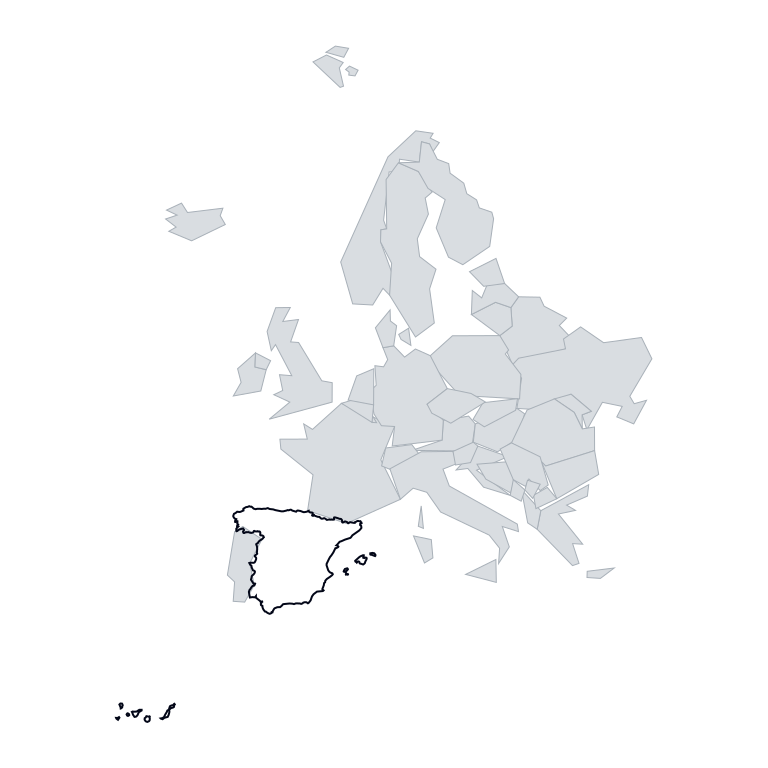 Spain on a map of Europe (orthographic projection)
{"feature_id": "ESP", "entity_name": "Spain", "entity_type": "country or territory", "adm_level": 0, "iso_a3": "ESP", "parent_name": "Europe", "parent_adm1": "", "projection": "orthographic", "projection_center": [-5.186, 35.705], "detail": "fine", "context": "in_parent", "style": "outline", "palette": "ink", "viewbox_px": 768, "rotation_deg": 0, "n_neighbors": 37, "source": "natural_earth", "source_scale": "50m", "svg_char_len": 13354}
<svg xmlns="http://www.w3.org/2000/svg" viewBox="0 0 768 768"><path d="M313.0,61.9L326.5,55.0L343.2,62.5L339.3,67.9L343.5,86.2L340.1,87.4L313.0,61.9ZM439.3,142.6L432.8,151.8L429.5,143.9L421.5,141.8L419.3,162.1L399.5,159.2L398.8,171.4L389.1,171.9L383.6,220.2L386.7,228.9L380.9,229.8L380.5,241.8L393.8,278.0L389.6,295.2L383.0,288.3L372.7,305.0L352.7,303.9L340.7,262.0L388.0,156.8L415.8,130.8L433.1,133.3L430.2,138.1L439.3,142.6ZM348.6,48.3L343.8,57.3L325.9,52.3L335.4,46.1L348.6,48.3ZM358.1,70.2L355.0,75.9L348.8,75.1L349.1,72.1L345.6,69.5L349.5,66.1L358.1,70.2Z" fill="#d9dde1" stroke="#a8b0b8" stroke-width="1"/><path d="M341.5,403.3L394.6,426.5L380.8,459.8L400.4,499.3L346.4,523.5L307.6,510.6L313.0,474.8L280.9,449.1L279.9,439.2L307.3,439.1L303.7,423.9L312.5,429.4L341.5,403.3ZM418.3,526.3L421.2,505.9L423.4,528.4L418.3,526.3Z" fill="#d9dde1" stroke="#a8b0b8" stroke-width="1"/><path d="M389.6,295.2L391.6,263.2L380.5,241.8L380.9,229.8L386.7,228.9L386.1,179.5L398.4,162.8L418.4,171.5L432.1,192.1L425.2,198.0L428.4,214.1L417.3,238.8L419.6,256.6L436.0,269.2L429.6,288.9L434.3,323.0L415.5,337.0L389.6,295.2Z" fill="#d9dde1" stroke="#a8b0b8" stroke-width="1"/><path d="M518.6,296.8L539.9,297.2L544.1,306.2L566.7,318.1L559.3,325.5L569.0,335.7L565.5,348.9L512.5,364.7L499.8,335.6L512.2,326.1L510.9,307.6L518.6,296.8Z" fill="#d9dde1" stroke="#a8b0b8" stroke-width="1"/><path d="M634.2,403.7L646.5,400.3L633.7,423.9L616.8,416.9L622.2,406.4L602.4,402.3L586.9,429.8L582.1,414.8L591.3,411.3L571.0,394.2L543.0,410.0L516.9,408.4L521.6,378.2L512.5,364.7L518.6,358.2L565.5,348.9L563.5,339.0L580.6,326.9L603.6,342.7L641.5,337.5L651.9,358.8L629.8,396.3L634.2,403.7Z" fill="#d9dde1" stroke="#a8b0b8" stroke-width="1"/><path d="M499.8,335.6L508.6,350.0L505.3,354.0L520.9,374.4L519.6,398.9L459.5,395.4L432.8,365.8L430.3,355.7L452.4,335.8L499.8,335.6Z" fill="#d9dde1" stroke="#a8b0b8" stroke-width="1"/><path d="M475.3,423.9L472.2,444.8L460.8,450.9L411.9,450.4L442.1,440.1L443.3,420.3L468.6,416.1L475.3,423.9Z" fill="#d9dde1" stroke="#a8b0b8" stroke-width="1"/><path d="M516.9,408.4L524.6,413.8L517.7,438.4L497.5,451.8L473.3,442.2L475.3,423.9L516.9,408.4Z" fill="#d9dde1" stroke="#a8b0b8" stroke-width="1"/><path d="M554.4,398.9L571.0,394.2L591.3,411.3L582.1,414.8L582.3,428.9L574.2,412.4L554.4,398.9Z" fill="#d9dde1" stroke="#a8b0b8" stroke-width="1"/><path d="M582.3,428.9L594.5,427.0L594.6,450.6L545.7,466.0L511.5,442.9L527.1,410.0L554.4,398.9L574.2,412.4L582.3,428.9Z" fill="#d9dde1" stroke="#a8b0b8" stroke-width="1"/><path d="M510.9,307.6L512.2,326.1L499.8,335.6L471.4,314.5L495.5,302.3L510.9,307.6Z" fill="#d9dde1" stroke="#a8b0b8" stroke-width="1"/><path d="M504.6,283.5L518.6,296.8L510.9,307.6L495.5,302.3L471.4,314.5L472.3,290.5L481.7,297.9L488.1,282.4L504.6,283.5Z" fill="#d9dde1" stroke="#a8b0b8" stroke-width="1"/><path d="M496.0,258.4L504.6,283.5L483.7,286.3L469.5,271.7L496.0,258.4Z" fill="#d9dde1" stroke="#a8b0b8" stroke-width="1"/><path d="M430.3,355.7L447.3,388.6L427.1,404.2L443.3,420.3L442.1,440.1L392.2,446.0L394.6,426.5L381.4,425.7L374.0,414.0L369.9,391.1L376.2,385.3L374.9,365.7L383.6,366.8L387.7,359.6L383.0,347.7L393.7,345.8L404.6,357.1L415.4,349.0L430.3,355.7Z" fill="#d9dde1" stroke="#a8b0b8" stroke-width="1"/><path d="M541.3,461.4L545.7,466.0L594.6,450.6L598.7,474.4L556.8,498.7L541.3,461.4Z" fill="#d9dde1" stroke="#a8b0b8" stroke-width="1"/><path d="M614.2,568.0L600.4,578.4L587.0,577.5L587.2,571.3L614.2,568.0ZM540.8,510.7L588.7,484.7L587.4,496.1L566.6,505.1L575.5,510.4L558.4,514.0L582.7,544.2L572.6,543.6L579.0,563.4L572.5,565.6L537.2,529.3L540.8,510.7Z" fill="#d9dde1" stroke="#a8b0b8" stroke-width="1"/><path d="M540.8,510.7L537.2,529.3L527.7,522.9L521.4,489.5L540.8,510.7Z" fill="#d9dde1" stroke="#a8b0b8" stroke-width="1"/><path d="M477.8,446.1L508.0,456.6L476.5,470.2L510.2,495.4L483.6,487.2L467.8,468.5L456.1,470.0L477.8,446.1Z" fill="#d9dde1" stroke="#a8b0b8" stroke-width="1"/><path d="M411.8,444.6L421.6,457.4L394.4,471.2L381.6,465.9L385.7,448.0L411.8,444.6Z" fill="#d9dde1" stroke="#a8b0b8" stroke-width="1"/><path d="M371.8,414.7L376.6,422.7L372.0,422.4L371.8,414.7Z" fill="#d9dde1" stroke="#a8b0b8" stroke-width="1"/><path d="M373.6,404.9L372.0,422.4L341.5,403.3L362.1,397.0L373.6,404.9Z" fill="#d9dde1" stroke="#a8b0b8" stroke-width="1"/><path d="M373.8,368.7L373.6,404.9L348.1,400.1L356.7,375.9L373.8,368.7Z" fill="#d9dde1" stroke="#a8b0b8" stroke-width="1"/><path d="M234.6,531.7L242.8,526.5L261.9,539.3L249.7,563.4L254.3,585.1L244.7,602.1L233.2,601.3L234.6,581.9L227.4,575.1L234.6,531.7Z" fill="#d9dde1" stroke="#a8b0b8" stroke-width="1"/><path d="M266.2,369.7L260.8,391.0L233.3,396.0L241.1,382.4L237.6,368.7L255.5,352.9L255.0,367.0L266.2,369.7Z" fill="#d9dde1" stroke="#a8b0b8" stroke-width="1"/><path d="M421.2,451.8L453.0,451.4L457.2,463.4L443.0,469.1L449.3,486.0L517.3,524.1L518.5,531.6L502.3,526.5L509.3,546.9L498.6,563.5L499.6,548.2L489.2,535.1L440.6,512.0L426.8,492.3L413.1,488.2L400.4,499.3L389.9,468.8L421.2,451.8ZM465.6,574.4L495.9,559.5L496.3,582.4L465.6,574.4ZM413.5,535.9L431.3,539.6L432.9,557.9L424.5,563.0L413.5,535.9Z" fill="#d9dde1" stroke="#a8b0b8" stroke-width="1"/><path d="M393.7,345.8L383.0,347.7L375.4,327.8L390.1,309.9L390.4,321.0L396.6,325.7L393.7,345.8ZM408.6,328.2L410.9,345.4L401.1,339.5L398.7,334.4L408.6,328.2Z" fill="#d9dde1" stroke="#a8b0b8" stroke-width="1"/><path d="M266.2,369.7L255.0,367.0L255.5,352.9L270.6,360.7L266.2,369.7ZM291.8,375.7L275.5,344.6L271.3,350.7L267.1,331.5L275.7,307.7L290.3,307.5L282.8,321.5L298.5,319.5L290.6,341.9L298.6,342.5L321.8,380.8L332.2,382.7L332.1,402.1L269.2,419.2L289.8,402.1L273.8,394.7L282.7,390.5L279.5,374.7L291.8,375.7Z" fill="#d9dde1" stroke="#a8b0b8" stroke-width="1"/><path d="M222.9,208.2L220.2,215.7L225.3,224.5L191.6,240.8L168.8,231.3L176.1,227.1L165.6,219.0L177.1,215.1L166.5,210.1L181.5,203.1L187.5,212.5L222.9,208.2Z" fill="#d9dde1" stroke="#a8b0b8" stroke-width="1"/><path d="M453.0,451.4L473.3,442.2L477.8,446.1L470.5,462.6L455.5,465.0L453.0,451.4Z" fill="#d9dde1" stroke="#a8b0b8" stroke-width="1"/><path d="M429.5,143.9L437.3,159.3L448.7,163.6L450.1,173.2L463.8,183.2L466.8,193.7L476.6,199.9L479.3,207.9L491.8,212.2L493.6,218.7L489.7,246.4L462.8,264.7L448.5,257.2L436.2,227.9L445.2,199.6L428.0,188.4L418.4,171.5L398.4,162.8L419.3,162.1L421.5,141.8L429.5,143.9Z" fill="#d9dde1" stroke="#a8b0b8" stroke-width="1"/><path d="M517.5,398.7L515.6,410.3L484.3,426.8L473.0,419.5L482.9,402.7L517.5,398.7Z" fill="#d9dde1" stroke="#a8b0b8" stroke-width="1"/><path d="M447.3,388.6L471.1,393.5L485.4,402.0L450.8,423.2L431.8,413.2L427.1,404.2L447.3,388.6Z" fill="#d9dde1" stroke="#a8b0b8" stroke-width="1"/><path d="M510.6,492.9L485.8,479.1L477.0,464.2L509.3,461.6L515.3,478.5L510.6,492.9Z" fill="#d9dde1" stroke="#a8b0b8" stroke-width="1"/><path d="M547.3,487.4L556.8,498.7L535.9,508.6L533.5,495.3L547.3,487.4Z" fill="#d9dde1" stroke="#a8b0b8" stroke-width="1"/><path d="M500.2,449.0L511.5,442.9L540.1,456.8L548.2,485.0L540.2,490.6L528.9,479.0L525.7,486.5L513.3,479.7L500.2,449.0Z" fill="#d9dde1" stroke="#a8b0b8" stroke-width="1"/><path d="M524.9,490.0L521.2,501.2L510.2,495.4L513.3,479.7L524.9,490.0Z" fill="#d9dde1" stroke="#a8b0b8" stroke-width="1"/><path d="M532.7,498.4L524.9,490.0L527.5,480.2L540.2,484.2L532.7,498.4Z" fill="#d9dde1" stroke="#a8b0b8" stroke-width="1"/><path d="M308.7,510.8L308.8,511.3L309.2,511.9L309.6,512.2L310.5,512.5L312.1,512.6L312.7,513.0L312.8,513.6L312.6,514.2L312.1,515.3L312.3,515.6L312.7,515.8L313.2,515.8L313.7,514.9L313.9,514.9L313.9,515.1L314.1,515.4L315.2,515.9L317.7,516.8L319.5,516.9L319.7,517.3L321.4,518.7L322.4,518.7L323.3,518.5L323.9,518.2L324.3,518.2L325.3,518.7L326.0,519.2L326.6,519.8L327.0,519.9L329.5,519.4L330.0,519.7L331.3,519.6L332.7,519.7L333.9,519.6L334.0,519.4L334.0,518.0L334.1,517.5L334.4,517.4L335.1,517.4L337.6,518.1L339.7,518.9L340.6,518.9L341.2,519.1L342.1,520.3L342.0,521.0L342.2,521.7L342.2,522.2L342.5,522.5L343.3,522.4L345.0,521.4L346.6,521.9L347.3,522.3L348.0,523.2L348.5,523.2L349.1,522.7L350.1,522.2L354.0,522.9L354.8,522.9L354.9,522.2L355.3,522.0L356.4,521.6L357.1,521.1L357.9,520.9L359.8,521.3L360.4,521.2L360.8,522.1L361.3,522.3L361.6,523.1L360.7,523.6L360.2,523.7L360.1,525.0L360.4,525.3L361.0,525.6L361.2,526.0L361.4,527.9L360.5,529.1L359.2,530.5L352.4,535.3L350.9,537.4L350.3,537.9L345.0,539.6L341.4,541.2L339.6,541.8L337.5,544.3L336.5,545.3L337.4,545.5L338.4,546.6L338.1,547.1L336.7,547.9L336.1,548.2L335.8,548.1L335.4,548.2L333.3,552.5L331.3,555.5L330.1,556.9L329.0,558.9L326.6,563.9L326.6,565.4L328.2,570.2L329.1,571.5L330.2,572.5L332.3,573.3L332.8,574.2L332.2,575.1L330.2,576.7L326.8,579.0L325.3,580.7L325.1,582.3L324.1,583.1L323.8,585.3L323.2,586.8L323.1,587.3L322.5,588.5L322.4,589.3L323.6,590.4L323.1,590.9L322.5,591.1L317.0,591.6L313.6,594.2L312.0,596.4L310.6,600.4L308.7,602.8L307.9,603.3L306.5,602.3L304.9,602.2L303.3,602.6L302.5,603.4L301.2,603.9L299.9,603.5L297.2,603.4L295.9,603.4L294.0,604.1L292.4,603.7L289.6,603.5L283.6,604.1L282.8,604.4L282.1,605.4L280.2,607.1L277.3,607.2L274.6,608.3L274.0,609.0L272.9,610.9L272.5,612.3L272.3,612.3L272.0,612.0L271.6,612.1L271.4,613.1L270.4,613.6L269.5,613.8L267.5,612.9L265.8,611.6L264.9,611.5L263.4,609.5L262.8,608.2L262.4,606.8L262.5,606.2L262.4,605.8L261.1,605.2L260.8,603.9L261.7,602.3L262.5,601.6L263.0,601.4L261.8,601.5L261.0,602.5L259.9,600.8L255.6,597.4L255.9,596.6L255.9,596.2L255.2,597.1L254.6,597.3L252.4,597.1L249.9,597.5L249.0,592.7L248.9,591.8L249.6,589.8L250.4,589.0L251.3,587.4L252.5,586.0L254.3,585.5L254.8,584.5L255.1,583.6L254.9,583.5L253.5,583.6L251.0,579.7L251.1,579.1L251.4,578.2L251.6,577.1L251.7,576.2L252.4,575.4L253.4,574.6L254.3,573.5L254.8,572.5L254.9,571.5L254.4,570.8L253.0,570.4L251.7,567.5L251.4,565.7L250.2,564.7L249.3,563.0L250.2,562.7L253.8,562.8L254.7,562.3L255.3,561.2L256.1,559.3L256.2,558.1L256.0,557.6L254.9,556.4L254.8,556.0L255.0,555.5L256.7,554.2L257.2,553.7L257.1,553.2L256.9,552.7L256.8,552.3L257.0,551.7L257.1,549.8L257.2,549.3L257.1,547.6L256.9,546.2L256.2,544.4L256.3,544.0L256.7,543.7L257.8,543.1L258.7,541.6L260.0,540.4L261.8,539.4L263.0,538.3L263.4,537.5L263.8,537.3L263.5,536.3L262.8,535.7L261.9,535.4L261.0,535.4L260.4,535.3L260.2,534.8L260.3,533.7L260.3,532.5L260.1,532.0L259.6,531.5L258.8,531.6L258.0,531.3L257.4,531.2L257.1,531.5L255.4,531.4L254.2,530.9L253.9,531.0L253.7,531.3L253.5,532.1L252.9,532.5L251.5,532.9L250.4,532.8L249.3,532.5L248.5,532.1L246.4,532.3L246.1,532.1L244.3,533.0L243.7,533.0L243.5,532.9L243.0,531.8L243.1,531.4L244.0,530.1L244.0,529.8L243.6,529.4L243.3,528.8L243.2,528.5L242.7,528.5L242.1,528.7L239.3,529.5L238.3,530.1L237.3,531.0L236.5,531.2L236.3,530.9L236.3,528.7L237.5,527.3L238.4,526.4L238.0,526.2L237.1,526.2L237.2,525.5L237.6,525.2L238.1,524.5L237.6,524.2L237.3,523.7L237.4,522.4L237.5,521.9L237.4,521.3L235.5,522.0L235.1,521.9L235.1,520.9L236.2,519.5L236.3,519.1L235.1,518.8L234.3,518.1L233.8,517.4L233.3,516.5L233.3,515.7L234.0,513.8L235.6,513.0L237.2,511.7L239.3,512.0L240.6,511.8L241.8,511.2L242.4,511.0L243.5,510.5L243.5,509.7L243.2,509.1L243.5,508.6L246.1,507.1L247.7,506.9L249.2,506.2L250.3,506.7L251.2,506.6L252.2,507.2L253.6,508.6L255.6,509.2L257.2,508.8L260.0,508.8L261.5,509.0L264.0,508.7L265.5,508.8L267.8,508.1L269.6,509.0L273.2,509.4L275.3,510.1L281.2,511.3L283.3,511.3L286.3,510.6L287.6,510.1L288.7,510.3L290.4,509.7L291.2,509.8L292.3,510.6L296.1,511.7L297.1,510.7L297.8,510.5L300.5,511.0L303.3,512.1L304.7,512.1L306.8,511.7L308.7,510.8ZM363.2,557.7L364.3,558.1L365.3,557.6L365.9,557.6L366.5,557.8L366.7,558.7L366.3,559.7L365.7,560.8L365.2,561.9L364.8,563.2L363.9,564.0L363.1,564.5L361.2,563.8L360.1,563.6L359.7,563.3L359.3,561.9L358.8,561.5L358.1,561.4L357.5,561.8L356.8,562.6L356.3,561.9L355.6,561.8L355.3,561.4L355.2,560.8L359.3,557.1L360.5,556.3L363.1,555.2L363.6,555.3L363.3,555.8L363.3,556.1L363.7,556.3L363.6,556.7L363.3,557.0L363.2,557.7ZM138.8,712.2L137.5,715.2L136.5,716.3L135.9,716.7L134.5,716.9L133.0,714.7L132.3,712.6L131.9,711.9L132.7,711.5L133.8,711.7L136.2,711.6L136.7,711.5L139.3,709.8L141.6,709.8L141.6,710.5L138.8,712.2ZM164.4,717.8L162.6,719.2L161.0,718.7L160.7,718.4L162.4,718.1L164.0,717.1L165.2,714.6L166.9,711.8L167.3,710.6L167.9,710.2L168.7,710.2L169.1,710.3L169.4,711.0L169.3,712.4L168.7,714.8L167.7,716.9L164.4,717.8ZM149.8,716.6L149.6,717.7L149.8,718.8L149.6,720.4L149.0,721.2L147.4,721.9L146.3,721.6L145.6,721.2L144.6,719.7L144.7,718.2L145.8,717.4L146.4,716.2L149.2,716.7L149.6,716.4L149.8,716.6ZM171.0,708.1L170.1,708.9L169.2,708.5L169.8,706.6L170.2,706.0L172.0,705.3L173.4,705.1L173.8,704.2L174.3,703.8L174.8,704.4L174.3,705.0L173.9,707.0L172.9,707.6L171.0,708.1ZM375.3,555.9L375.1,556.1L371.7,554.8L370.6,554.7L370.3,554.5L370.3,553.3L372.5,552.9L374.3,553.3L375.4,554.8L375.5,555.1L375.3,555.9ZM121.0,708.4L120.7,708.5L120.6,707.4L119.4,704.5L120.4,703.5L122.0,703.6L122.5,704.5L122.7,705.4L122.3,705.9L122.3,706.9L122.1,707.5L121.0,708.4ZM346.1,571.2L345.8,572.0L344.1,571.8L343.7,571.5L344.0,570.5L344.5,570.4L344.5,569.7L344.9,569.0L347.2,568.3L347.7,568.7L347.9,569.4L346.6,570.9L346.1,571.2ZM128.2,715.9L127.7,715.9L127.1,715.5L126.6,714.4L127.1,713.6L127.5,713.3L128.0,713.4L129.0,714.1L129.2,714.8L129.2,715.2L128.2,715.9ZM119.4,717.7L118.0,719.8L116.6,718.8L116.3,718.4L116.1,717.9L117.5,718.0L119.0,717.1L119.4,717.7ZM348.0,574.5L347.7,574.7L347.0,574.5L345.9,574.6L345.8,574.1L346.2,573.2L346.9,574.0L347.9,574.1L348.0,574.5Z" fill="none" stroke="#020617" stroke-width="2"/></svg>